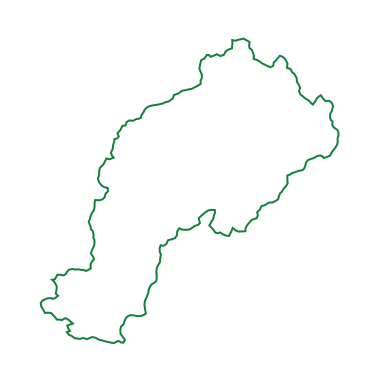 outline of Pedro de Toledo, São Paulo, Brazil, rotated 5°
{"feature_id": "56859067B2977467796065", "entity_name": "Pedro de Toledo", "entity_type": "district", "adm_level": 2, "iso_a3": "BRA", "parent_name": "Brazil", "parent_adm1": "São Paulo", "projection": "robinson", "projection_center": [-47.172, -24.178], "detail": "fine", "context": "isolated", "style": "outline", "palette": "green", "viewbox_px": 384, "rotation_deg": 5, "n_neighbors": 0, "source": "geoboundaries", "source_scale": "gbopen_adm2", "svg_char_len": 4183}
<svg xmlns="http://www.w3.org/2000/svg" viewBox="0 0 384 384"><g transform="rotate(5 192 192)"><path d="M127.3,349.3L131.7,346.7L134.6,348.1L136.9,348.1L138.1,345.2L136.6,343.3L133.3,339.7L132.6,336.0L133.0,332.4L135.4,329.6L136.0,326.8L137.1,323.4L138.8,321.4L141.4,320.0L144.7,320.0L147.1,320.3L150.1,320.4L153.6,319.3L156.6,317.2L155.4,312.5L154.4,308.3L154.6,304.7L155.9,300.9L157.3,296.5L157.3,293.8L158.1,290.5L159.7,287.7L162.2,285.8L164.1,284.0L164.4,280.9L164.1,278.2L163.4,274.5L163.6,270.7L164.4,268.2L166.2,264.7L166.1,261.1L166.5,257.0L165.1,254.6L164.7,250.6L165.4,247.8L168.2,248.1L170.9,246.2L172.3,242.2L176.5,240.6L179.0,239.6L180.8,236.3L180.7,232.6L182.5,229.2L185.0,230.3L189.4,230.2L192.3,229.7L194.7,228.2L197.8,225.5L200.8,224.3L202.6,222.3L200.9,217.4L204.3,213.9L206.9,211.2L209.9,208.9L213.0,208.1L216.3,208.0L216.7,210.4L215.9,213.3L215.6,216.6L214.1,219.6L212.2,223.8L214.5,225.8L216.8,228.0L218.7,230.3L221.3,230.9L223.5,229.8L226.2,231.4L230.0,232.5L232.9,232.5L234.8,227.1L235.8,224.3L238.5,226.3L241.7,227.4L246.2,226.8L248.7,226.4L248.5,223.8L249.4,221.2L251.3,218.1L253.6,214.9L256.4,213.4L258.9,212.3L259.6,209.4L258.7,206.4L261.3,203.5L262.4,199.9L265.2,199.0L267.3,197.6L269.8,195.7L272.9,195.6L274.8,194.4L276.8,193.1L278.5,191.6L279.0,188.5L279.9,185.6L281.5,183.8L283.0,180.8L285.3,177.7L286.5,175.1L285.9,171.2L285.6,167.1L287.9,166.2L290.2,164.4L293.2,163.2L296.2,161.7L300.2,160.6L301.7,158.8L302.6,156.2L303.0,152.5L304.9,150.0L308.0,148.5L310.3,147.6L313.5,145.4L316.5,144.4L318.8,145.0L320.3,146.6L322.5,145.8L326.2,143.9L327.3,141.6L328.4,139.1L330.6,136.0L332.5,132.1L332.8,128.9L332.4,126.5L333.0,122.7L332.6,119.6L331.4,117.5L327.7,115.3L325.9,113.1L325.9,109.7L324.0,108.1L322.9,105.4L323.0,101.7L324.3,98.9L325.0,94.2L323.5,91.0L320.7,89.2L317.0,89.8L314.1,87.2L311.9,84.4L309.9,86.0L308.1,88.0L306.8,91.1L304.9,94.4L302.9,93.1L300.2,90.6L296.5,88.8L294.4,87.3L291.5,85.3L289.8,82.2L290.6,78.8L289.1,75.9L287.0,73.3L286.3,69.3L283.7,65.5L281.5,64.1L279.2,60.7L275.9,60.1L275.9,55.6L274.5,53.3L272.6,51.0L270.6,49.4L267.6,48.6L263.9,54.1L262.2,55.6L261.9,59.2L259.3,60.9L256.4,60.0L253.4,58.8L250.7,57.8L248.5,56.4L245.3,54.8L241.9,54.1L241.7,50.5L240.6,47.9L239.4,45.4L236.7,43.6L236.1,40.7L236.3,37.6L232.7,35.9L230.1,34.7L224.3,36.5L222.1,37.5L218.8,37.1L219.3,40.1L219.3,45.4L215.6,47.1L213.1,49.2L211.8,52.6L208.4,54.1L204.8,52.6L202.1,54.1L198.9,55.7L197.1,54.1L194.9,54.1L192.7,57.9L189.6,60.0L189.0,64.1L188.6,68.5L190.1,71.6L191.7,74.4L191.8,78.0L190.9,80.3L191.2,83.6L188.5,85.6L184.8,88.0L182.5,89.4L179.6,90.1L176.3,91.2L173.5,91.9L170.0,94.9L165.6,97.0L164.7,100.5L161.0,103.8L157.8,104.8L154.9,106.5L152.4,107.2L149.8,108.1L147.3,108.7L144.7,109.3L142.2,110.2L139.6,111.8L137.7,114.1L136.4,117.5L135.0,119.5L134.8,122.3L132.7,123.6L130.2,124.2L127.0,126.2L123.3,126.1L120.7,128.2L120.0,131.5L116.9,132.1L115.4,136.2L112.6,140.1L114.2,143.1L112.7,145.1L110.2,146.1L110.0,148.8L109.4,151.9L109.2,156.1L107.8,159.8L108.9,162.4L110.9,164.6L107.1,166.6L103.9,166.1L102.5,169.3L101.4,172.3L99.6,174.2L98.0,176.6L97.7,180.4L98.0,183.9L97.0,186.7L98.5,190.1L101.3,193.4L103.6,194.6L105.6,195.1L107.8,195.3L108.1,198.7L106.1,201.1L105.4,204.9L103.6,207.1L100.4,208.3L96.2,208.5L95.9,211.4L96.2,215.2L95.9,218.6L94.3,221.3L93.1,224.7L92.5,228.2L91.7,230.8L94.0,235.3L94.5,237.8L96.6,239.6L97.7,243.1L97.7,246.4L99.1,248.4L99.3,253.4L98.2,256.4L97.2,259.5L96.6,261.9L99.1,265.1L100.3,267.5L98.5,269.9L97.2,273.0L97.9,276.8L95.1,279.0L93.0,279.9L90.7,279.1L87.9,279.3L85.6,278.9L82.8,279.4L79.8,279.2L76.5,279.9L74.4,282.4L73.3,285.0L71.1,286.3L68.1,285.9L65.1,286.2L63.1,290.8L60.3,291.7L62.3,293.1L64.1,295.5L65.5,297.7L65.5,301.5L65.1,305.1L67.6,307.0L64.8,309.7L62.7,310.6L60.6,310.0L57.3,310.5L52.5,313.2L51.0,315.8L51.8,319.1L54.5,322.9L56.0,325.3L59.2,324.8L62.1,324.8L64.7,327.0L66.6,328.7L68.4,330.9L71.0,330.7L73.4,331.0L76.9,328.7L80.1,330.0L84.8,333.5L79.4,335.9L80.8,339.0L82.5,341.1L79.6,342.5L82.1,345.2L84.6,345.8L87.6,347.8L90.7,348.0L93.6,348.1L96.4,346.8L100.0,347.8L105.2,345.2L108.7,345.6L111.7,347.1L115.9,347.8L120.1,348.6L125.0,349.2L127.3,349.3Z" fill="none" stroke="#15803d" stroke-width="2"/></g></svg>